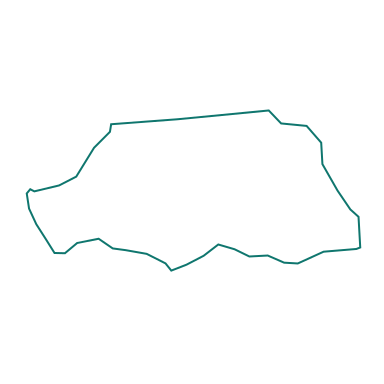 outline of Härryda, Västra Götaland, Sweden, rotated 357°
{"feature_id": "70781695B40038989009726", "entity_name": "Härryda", "entity_type": "district", "adm_level": 2, "iso_a3": "SWE", "parent_name": "Sweden", "parent_adm1": "Västra Götaland", "projection": "albers", "projection_center": [12.327, 57.685], "detail": "fine", "context": "isolated", "style": "outline", "palette": "teal", "viewbox_px": 384, "rotation_deg": 357, "n_neighbors": 0, "source": "geoboundaries", "source_scale": "gbopen_adm2", "svg_char_len": 644}
<svg xmlns="http://www.w3.org/2000/svg" viewBox="0 0 384 384"><g transform="rotate(357 192 192)"><path d="M30.6,180.8L26.9,184.8L28.4,200.0L34.8,216.0L43.5,231.3L51.5,245.7L61.9,246.5L74.7,236.9L96.3,233.8L109.9,244.2L122.7,246.6L143.5,251.4L161.8,261.9L167.2,269.4L182.7,264.3L200.3,256.3L215.5,245.8L231.5,251.4L245.9,259.4L264.3,259.4L280.3,267.4L293.9,268.9L320.3,258.5L353.1,257.5L357.1,256.2L357.0,225.5L349.2,217.7L337.4,198.2L323.7,171.0L323.6,149.5L309.9,132.0L284.6,128.2L272.9,114.6L181.3,118.6L114.8,120.1L113.2,127.6L96.5,142.7L77.2,170.6L59.6,178.5L34.6,183.1L30.6,180.8Z" fill="none" stroke="#0f766e" stroke-width="2"/></g></svg>